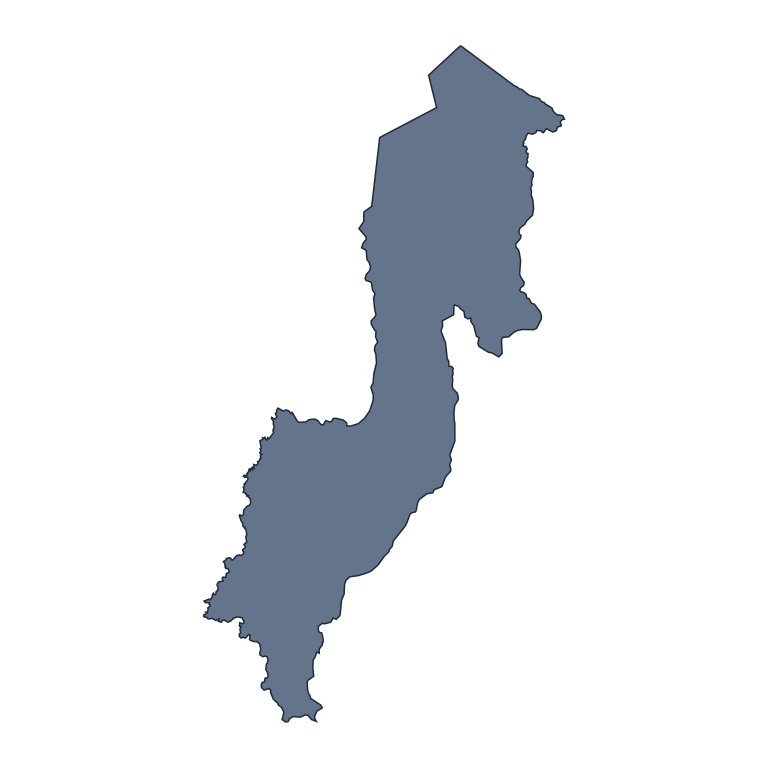 the district of Balsas, Maranhão, Brazil
{"feature_id": "56859067B97951536873323", "entity_name": "Balsas", "entity_type": "district", "adm_level": 2, "iso_a3": "BRA", "parent_name": "Brazil", "parent_adm1": "Maranhão", "projection": "natural_earth1", "projection_center": [-46.459, -8.287], "detail": "fine", "context": "isolated", "style": "filled", "palette": "slate", "viewbox_px": 768, "rotation_deg": 0, "n_neighbors": 0, "source": "geoboundaries", "source_scale": "gbopen_adm2", "svg_char_len": 6123}
<svg xmlns="http://www.w3.org/2000/svg" viewBox="0 0 768 768"><path d="M260.4,455.3L260.8,458.7L259.9,458.8L259.2,461.2L257.6,461.5L257.9,463.3L256.7,465.4L253.7,464.5L254.0,466.0L253.3,466.7L254.0,467.8L253.0,467.5L252.7,469.5L251.7,467.9L250.3,470.7L249.8,468.9L249.1,469.1L248.6,471.5L246.9,473.7L247.6,474.2L247.1,475.0L246.5,475.7L244.2,475.1L243.3,476.3L245.0,477.3L246.4,476.7L248.0,478.0L247.7,480.1L245.6,482.2L245.2,483.8L244.3,483.7L244.1,486.3L243.2,487.3L244.3,489.9L243.1,492.2L245.3,493.1L245.7,493.9L246.5,493.7L246.6,496.1L248.6,495.8L248.3,497.1L250.2,498.6L250.7,503.2L249.5,505.2L247.0,506.2L243.7,510.2L243.4,514.5L242.7,515.4L241.7,516.0L239.9,514.7L239.3,515.5L241.2,521.1L242.8,523.4L243.0,526.5L244.9,527.4L244.6,528.5L245.5,529.0L246.3,531.2L246.7,535.1L245.8,536.5L246.7,542.0L243.9,544.4L245.5,546.5L244.9,548.1L242.7,549.6L242.7,550.8L243.9,552.2L243.4,553.9L241.0,555.5L239.5,554.9L236.7,555.5L232.7,560.0L231.8,560.1L230.5,558.0L228.8,557.7L226.3,558.6L225.7,560.1L223.4,561.6L225.2,564.2L224.8,565.3L225.7,566.4L225.1,567.3L226.0,568.5L227.9,568.6L229.3,572.0L226.4,573.6L225.6,577.3L222.6,577.2L222.2,578.4L223.1,581.0L218.6,581.9L217.2,584.0L217.0,585.2L218.2,587.4L217.7,590.3L216.0,591.8L215.9,594.2L214.8,594.7L213.7,594.3L213.5,593.2L212.6,594.2L211.9,597.7L210.0,599.7L208.9,599.2L204.1,601.0L205.4,602.7L209.3,602.6L209.1,604.2L210.2,604.9L210.2,605.8L207.7,608.1L208.2,609.0L207.4,612.3L205.8,612.1L206.6,613.3L205.1,614.6L204.1,614.4L203.5,616.0L203.9,616.8L206.9,617.5L207.5,618.5L209.2,619.0L211.9,618.3L215.9,620.5L218.9,619.0L218.3,621.3L220.8,622.1L221.5,622.1L221.9,620.6L224.4,620.2L227.8,622.2L230.3,621.3L233.4,618.5L236.7,616.9L241.9,617.7L244.0,621.2L244.0,622.7L242.5,623.8L239.7,622.7L239.5,626.3L241.2,626.7L239.9,629.1L240.6,633.2L239.5,633.7L239.2,636.1L241.0,638.0L243.0,637.3L245.5,638.1L248.8,634.4L250.0,635.0L249.5,639.5L250.2,640.3L254.7,641.7L256.7,641.5L259.7,644.0L260.8,649.1L259.7,653.5L260.0,654.9L262.8,656.7L266.0,656.0L267.4,657.4L268.2,660.8L266.4,664.3L265.8,669.7L267.5,672.6L268.3,676.0L267.4,677.6L265.0,678.3L264.6,681.7L262.0,682.7L261.2,685.0L261.6,687.6L264.1,690.1L268.6,688.7L270.5,689.9L270.7,693.0L273.4,699.3L277.5,703.0L278.5,705.2L281.4,707.3L283.9,712.2L282.1,719.6L285.4,721.9L287.5,721.8L288.4,721.3L289.2,719.1L293.0,716.6L300.3,717.1L305.5,714.9L307.8,715.2L311.5,719.5L316.3,721.4L314.9,718.9L314.6,716.2L317.1,710.9L322.0,708.2L322.2,707.2L320.4,704.8L310.5,698.3L310.1,695.7L308.9,694.3L307.6,689.9L307.1,682.2L307.7,680.5L313.7,676.2L312.8,667.7L313.2,660.0L315.1,657.0L316.8,652.2L319.3,653.2L319.1,649.3L322.3,645.0L322.2,643.2L323.1,642.4L323.2,639.6L321.9,633.1L319.2,632.2L318.2,629.6L318.6,626.1L322.1,623.5L325.0,623.7L330.7,622.2L333.0,618.2L336.3,619.3L339.3,616.4L340.1,614.9L341.6,599.9L344.1,594.1L344.6,584.2L345.9,580.5L349.6,576.8L358.5,575.6L368.7,572.3L371.6,570.7L378.1,564.9L384.7,555.8L388.5,552.3L389.6,549.4L392.3,546.1L393.1,541.3L404.7,526.7L406.3,524.1L409.9,514.4L411.6,512.8L415.4,511.9L416.1,510.8L417.7,502.6L419.4,499.4L427.0,493.7L432.8,492.8L434.2,489.7L441.9,486.6L445.4,477.2L450.6,471.1L450.8,468.9L449.7,464.5L451.4,460.0L449.8,455.0L454.9,441.0L454.8,422.8L454.1,419.9L454.0,413.0L454.7,405.5L458.2,399.8L458.4,398.3L457.3,393.2L453.2,389.0L452.3,386.5L452.7,378.5L452.1,376.4L453.1,374.0L452.7,371.0L453.2,368.4L451.8,366.7L448.8,366.0L448.8,361.4L447.2,358.5L445.5,342.7L441.4,332.1L441.3,330.0L442.7,325.8L442.3,320.9L453.6,314.8L454.0,305.7L454.5,304.9L458.7,306.4L459.7,308.1L464.0,311.5L464.8,317.1L468.0,318.9L470.7,318.1L470.9,321.7L473.7,325.6L476.5,336.4L479.0,337.7L477.9,343.5L479.0,346.5L488.7,352.4L491.3,352.6L498.8,356.9L502.1,353.5L501.5,339.8L502.4,337.5L508.7,336.8L513.9,332.2L518.0,330.3L522.7,329.5L533.5,329.7L536.5,328.5L541.4,318.9L541.4,315.4L540.2,311.9L534.5,304.3L531.4,303.2L529.0,298.6L526.8,298.1L526.0,294.3L524.1,292.7L520.7,291.6L519.7,290.4L520.7,287.7L523.5,285.6L524.2,282.3L520.8,277.3L519.6,274.0L520.6,260.8L519.2,252.2L518.3,249.6L516.0,247.1L515.7,244.1L520.0,239.1L520.9,236.9L520.9,235.4L519.3,233.9L518.9,232.0L520.0,228.0L524.9,224.2L526.7,220.8L532.5,215.2L533.6,208.7L532.8,199.8L531.2,194.9L531.5,190.7L530.6,188.4L532.0,184.9L531.5,182.9L532.2,177.9L533.1,176.8L533.3,172.6L526.1,166.2L526.4,163.9L527.7,161.8L526.8,159.7L527.7,158.1L528.1,153.5L526.9,153.3L525.9,151.3L527.3,149.0L525.9,146.4L523.6,146.4L523.1,144.4L523.9,143.7L523.3,142.0L525.6,138.9L526.3,135.8L528.1,133.2L532.5,134.2L535.8,132.6L536.8,130.4L541.0,130.8L542.4,132.5L543.4,132.6L546.5,128.7L552.5,131.9L555.5,131.2L556.6,130.1L557.6,126.8L560.8,126.3L561.3,124.8L560.2,122.2L560.6,121.4L562.4,119.6L564.5,119.2L562.6,115.6L556.6,114.6L553.2,111.2L551.9,107.9L544.9,103.8L544.6,102.7L541.5,101.6L539.4,98.6L529.4,95.5L521.5,89.3L519.3,89.0L517.5,87.2L514.2,85.7L461.1,46.1L459.9,46.2L428.6,75.2L436.6,107.6L379.7,137.5L371.7,206.3L364.4,211.6L363.8,212.8L363.8,221.5L358.9,228.6L365.8,236.6L366.3,239.2L363.1,243.3L361.6,247.8L366.2,250.3L367.0,259.4L369.3,262.9L370.5,266.7L369.8,270.5L366.2,274.6L365.1,278.6L366.2,280.5L370.6,282.0L371.6,283.3L372.5,289.9L375.0,293.7L373.6,298.1L374.8,310.2L375.9,314.3L375.2,316.6L371.2,320.8L371.2,323.9L374.5,329.9L376.0,331.4L375.6,336.9L377.7,342.3L375.3,345.4L374.5,349.0L374.5,350.7L375.8,353.8L376.5,363.0L374.0,372.9L373.0,383.3L370.9,387.1L373.3,395.3L373.2,398.5L372.9,401.2L369.7,410.8L364.5,418.3L358.3,423.7L350.5,426.1L346.8,425.9L346.7,423.0L343.3,420.0L336.0,418.3L333.2,418.5L331.5,421.4L330.2,422.0L325.8,420.6L323.4,424.5L322.3,425.0L320.4,424.0L317.9,420.6L314.8,419.1L309.2,419.6L305.7,422.0L299.1,422.3L297.4,421.2L292.1,412.4L291.7,413.6L291.0,413.7L289.0,411.0L286.1,409.9L283.4,411.2L278.1,408.1L276.6,410.0L276.7,412.0L275.4,413.7L276.8,416.6L276.5,417.4L274.5,419.1L271.6,417.4L271.4,418.4L273.5,421.5L273.3,424.2L274.3,426.7L272.9,430.6L273.7,432.4L269.0,438.8L267.7,437.5L266.9,440.0L265.9,439.6L264.9,437.3L264.3,438.2L262.5,437.8L262.7,439.4L259.9,440.8L261.2,448.2L260.1,448.8L261.0,450.9L259.9,452.3L260.2,453.5L261.9,454.4L260.4,455.3Z" fill="#64748b" stroke="#1e293b" stroke-width="1.5"/></svg>